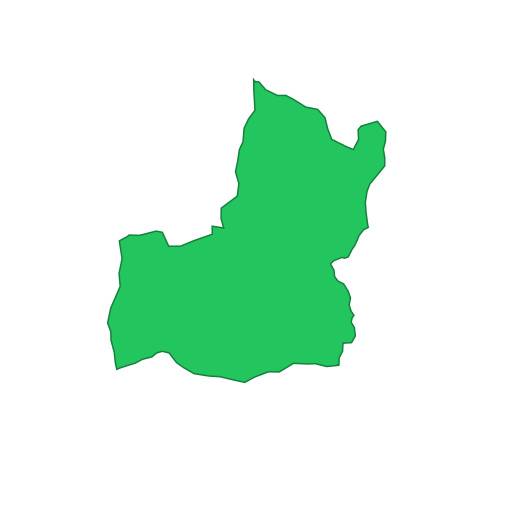 Pentalia, Paphos, Cyprus (Albers equal-area conic projection), rotated 140°
{"feature_id": "46923920B72015155205628", "entity_name": "Pentalia", "entity_type": "district", "adm_level": 2, "iso_a3": "CYP", "parent_name": "Cyprus", "parent_adm1": "Paphos", "projection": "albers", "projection_center": [32.617, 34.847], "detail": "fine", "context": "isolated", "style": "filled", "palette": "green", "viewbox_px": 512, "rotation_deg": 140, "n_neighbors": 0, "source": "geoboundaries", "source_scale": "gbopen_adm2", "svg_char_len": 1625}
<svg xmlns="http://www.w3.org/2000/svg" viewBox="0 0 512 512"><g transform="rotate(140 256 256)"><path d="M151.7,205.7L149.7,209.2L143.1,219.5L137.6,227.0L129.3,234.2L122.5,238.0L110.0,240.3L99.4,242.3L94.3,248.4L89.8,256.0L83.2,260.6L76.7,267.7L76.7,272.3L76.5,281.2L83.0,284.0L92.0,287.9L96.6,287.1L102.5,279.4L113.0,275.0L116.6,281.9L123.0,296.6L119.4,307.2L114.3,317.5L114.5,328.6L122.2,338.2L126.6,351.8L129.9,359.8L136.4,365.2L141.7,377.1L141.9,387.6L144.5,389.9L144.5,392.6L152.3,382.8L163.1,368.3L173.6,365.8L183.1,361.4L192.6,351.8L200.3,348.2L209.3,340.2L217.5,333.8L222.6,322.4L231.9,313.9L251.9,315.0L258.8,307.0L262.7,298.2L270.4,307.0L275.5,300.8L293.8,307.7L307.6,312.1L310.2,314.3L316.6,319.6L312.5,334.3L316.4,339.2L332.0,346.7L339.7,353.6L342.3,353.6L349.2,355.1L351.0,355.4L360.3,340.0L372.1,330.7L379.5,320.1L381.5,319.1L391.8,313.9L400.7,309.5L412.7,300.1L416.0,291.1L421.2,284.7L426.5,273.3L432.1,265.1L435.5,258.6L431.4,257.4L417.2,251.5L409.5,249.9L400.5,245.6L394.4,245.6L389.0,243.2L384.9,237.6L385.4,225.4L383.1,216.7L379.0,205.6L369.2,194.3L361.3,186.8L352.8,175.4L345.8,166.4L334.6,164.1L320.7,159.2L312.7,152.2L296.3,149.7L285.8,140.1L279.9,135.5L272.9,125.9L263.3,119.4L263.3,120.0L262.2,119.5L258.0,124.4L250.9,127.4L245.4,133.3L238.5,128.2L231.3,130.9L226.6,138.0L225.7,144.0L222.2,146.8L219.1,147.6L218.6,152.5L216.3,158.4L210.5,163.2L208.0,169.9L206.8,178.3L209.4,184.3L209.0,189.7L205.4,195.0L204.0,202.1L199.4,202.4L191.1,199.7L189.6,197.4L186.0,196.0L178.2,199.3L174.1,200.4L168.6,202.9L163.9,205.4L156.5,207.0L151.7,205.7Z" fill="#22c55e" stroke="#15803d" stroke-width="1.5"/></g></svg>